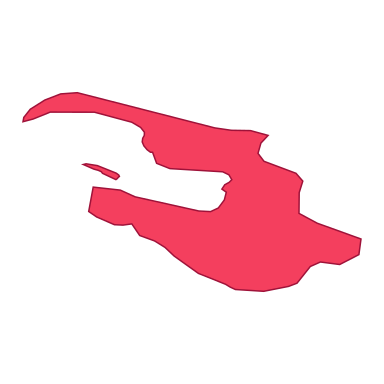 the border of City of St. Petersburg
{"feature_id": "RUS-2337", "entity_name": "City of St. Petersburg", "entity_type": "Federal City", "adm_level": 1, "iso_a3": "RUS", "parent_name": "Russia", "parent_adm1": "", "projection": "equal_earth", "projection_center": [30.014, 59.935], "detail": "fine", "context": "isolated", "style": "filled", "palette": "rose", "viewbox_px": 384, "rotation_deg": 0, "n_neighbors": 0, "source": "natural_earth", "source_scale": "10m", "svg_char_len": 1121}
<svg xmlns="http://www.w3.org/2000/svg" viewBox="0 0 384 384"><path d="M93.2,187.1L120.3,190.1L135.0,196.8L198.8,211.0L210.6,211.6L218.3,208.0L224.3,200.0L226.3,192.2L221.9,189.1L224.8,184.7L229.2,182.3L231.8,179.7L228.9,174.8L222.7,171.8L169.9,168.6L156.6,163.3L152.6,152.3L150.4,152.2L147.1,149.7L143.9,145.9L142.2,141.9L142.7,138.3L144.3,135.4L144.4,132.2L140.6,127.4L131.7,122.2L94.4,112.2L50.2,112.1L33.2,119.0L23.0,121.7L23.8,117.4L30.3,109.2L44.9,100.0L60.7,93.9L77.3,92.7L214.8,127.9L231.4,130.3L250.5,130.6L268.1,135.4L260.9,143.1L258.0,153.4L264.0,161.3L296.0,173.3L302.8,181.1L299.2,192.6L299.0,213.4L317.2,223.2L361.0,239.0L358.9,254.6L339.7,264.5L320.4,262.0L310.3,266.5L297.0,283.2L288.6,286.4L263.7,291.3L235.4,289.5L230.2,287.1L225.6,284.3L198.4,273.4L174.2,256.1L165.0,247.4L154.5,240.9L139.7,235.5L131.8,223.9L123.0,225.1L114.4,224.7L96.7,217.0L88.7,211.5L93.2,187.1ZM117.0,173.7L118.8,175.1L119.4,176.5L118.4,177.2L117.3,178.6L115.9,179.6L102.5,173.3L101.3,171.7L98.2,170.3L93.8,169.1L83.3,164.5L86.1,163.8L97.4,165.6L116.1,173.1L117.0,173.7Z" fill="#f43f5e" stroke="#9f1239" stroke-width="1.5"/></svg>